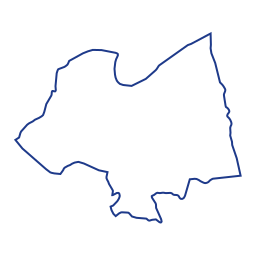 outline of Kâmpóng Thum
{"feature_id": "KHM-1788", "entity_name": "Kâmpóng Thum", "entity_type": "Province", "adm_level": 1, "iso_a3": "KHM", "parent_name": "Cambodia", "parent_adm1": "", "projection": "albers", "projection_center": [105.072, 12.831], "detail": "fine", "context": "isolated", "style": "outline", "palette": "blue", "viewbox_px": 256, "rotation_deg": 0, "n_neighbors": 0, "source": "natural_earth", "source_scale": "10m", "svg_char_len": 2956}
<svg xmlns="http://www.w3.org/2000/svg" viewBox="0 0 256 256"><path d="M46.1,169.2L22.4,148.5L15.4,139.9L19.1,137.5L20.4,133.0L21.1,131.5L27.2,124.7L29.1,123.3L32.8,121.4L34.6,120.0L35.0,119.7L39.0,117.9L41.5,116.4L42.5,115.6L43.1,115.0L44.3,111.8L46.3,104.1L51.3,95.6L51.6,94.6L51.8,92.2L52.1,91.3L52.4,91.0L53.2,91.0L53.9,91.3L55.2,91.3L55.6,90.8L55.8,90.0L55.5,86.2L56.7,73.2L57.4,71.0L57.8,70.0L58.2,69.3L59.1,68.9L64.2,67.0L65.4,66.3L67.3,64.8L68.0,63.7L69.2,60.9L83.0,53.3L88.0,51.3L92.8,49.9L101.6,50.1L115.5,52.8L116.9,53.3L117.8,54.0L117.9,55.2L117.5,56.3L116.1,59.3L115.3,62.1L114.5,68.8L115.0,74.6L115.6,77.6L116.8,80.6L117.6,81.7L118.2,82.4L119.9,83.9L123.2,85.0L131.6,85.9L145.8,78.9L155.7,70.2L156.8,68.9L158.7,65.9L159.3,65.3L187.8,45.1L191.1,43.9L210.6,33.5L210.9,44.8L210.6,48.3L211.4,53.3L215.2,63.0L220.0,82.4L220.3,82.7L222.3,84.7L223.5,86.3L224.7,88.3L225.2,89.3L225.3,90.2L225.1,91.3L224.1,93.8L223.9,94.7L224.0,95.8L225.6,105.9L225.9,106.8L226.2,107.2L227.1,107.7L227.5,108.1L228.1,108.7L228.9,109.9L229.2,110.7L229.3,111.3L229.2,111.9L228.7,112.8L227.7,114.1L227.5,114.6L227.2,115.5L227.3,116.2L227.5,116.6L229.2,118.3L230.2,119.8L231.1,121.8L231.4,122.9L231.5,123.8L231.4,124.4L231.3,124.9L230.8,125.9L230.6,126.3L230.2,127.9L230.5,132.8L230.2,135.6L232.0,141.8L232.2,145.0L236.7,158.2L240.6,175.7L213.1,178.7L212.4,178.9L210.2,180.2L208.4,182.0L207.7,182.4L206.8,182.8L205.4,183.1L204.5,183.0L203.4,182.6L201.1,181.5L199.4,180.5L199.1,180.2L198.3,179.8L196.6,179.0L194.7,178.8L189.8,179.3L185.0,195.8L183.9,197.8L183.3,198.3L182.2,198.9L181.4,198.9L180.8,198.8L180.3,198.5L180.0,198.2L179.7,197.9L179.4,197.5L179.0,196.6L178.7,196.2L178.4,195.8L178.0,195.5L177.6,195.3L177.1,195.1L176.4,195.0L174.5,194.9L173.9,194.8L173.4,194.6L173.0,194.4L171.9,193.4L171.4,193.2L170.9,193.0L170.3,192.9L166.1,193.1L164.9,193.0L164.2,192.8L163.0,192.7L162.0,192.8L160.8,193.0L159.7,193.1L157.3,192.8L156.8,193.0L156.3,193.2L154.1,194.9L152.2,195.8L151.8,196.1L151.8,196.9L152.2,198.0L155.6,203.3L155.8,203.9L156.0,204.7L156.1,207.9L161.0,218.9L161.3,219.9L161.5,221.0L161.6,221.5L161.5,221.8L161.3,222.1L160.8,222.5L159.5,222.2L155.9,219.4L152.2,219.8L150.8,220.2L150.0,220.5L149.3,220.6L148.8,220.5L148.2,220.2L146.6,218.8L146.2,218.6L136.5,217.8L132.0,216.5L129.1,213.2L128.7,213.0L128.3,212.7L127.5,212.6L122.1,212.3L121.1,212.4L119.2,213.3L115.7,216.1L113.4,213.8L111.6,210.3L111.3,209.4L110.6,206.6L113.2,205.5L117.3,201.2L118.2,199.8L118.9,198.6L119.6,196.7L119.7,196.0L119.7,195.4L119.3,193.8L119.1,193.4L118.7,193.1L118.3,192.9L116.8,193.0L113.0,195.0L112.7,195.1L112.3,195.1L112.8,191.9L112.9,190.8L112.5,189.9L109.0,183.9L108.2,181.7L107.2,179.9L106.5,178.2L106.5,176.9L107.5,172.1L98.9,170.3L83.9,163.5L78.5,161.9L77.7,162.0L74.6,162.6L72.1,163.7L70.1,165.0L67.8,165.9L64.8,167.6L64.1,168.3L63.8,168.7L63.4,169.7L62.7,170.8L60.4,174.0L54.3,173.4L51.9,172.9L50.3,172.4L46.1,169.2Z" fill="none" stroke="#1e3a8a" stroke-width="2"/></svg>